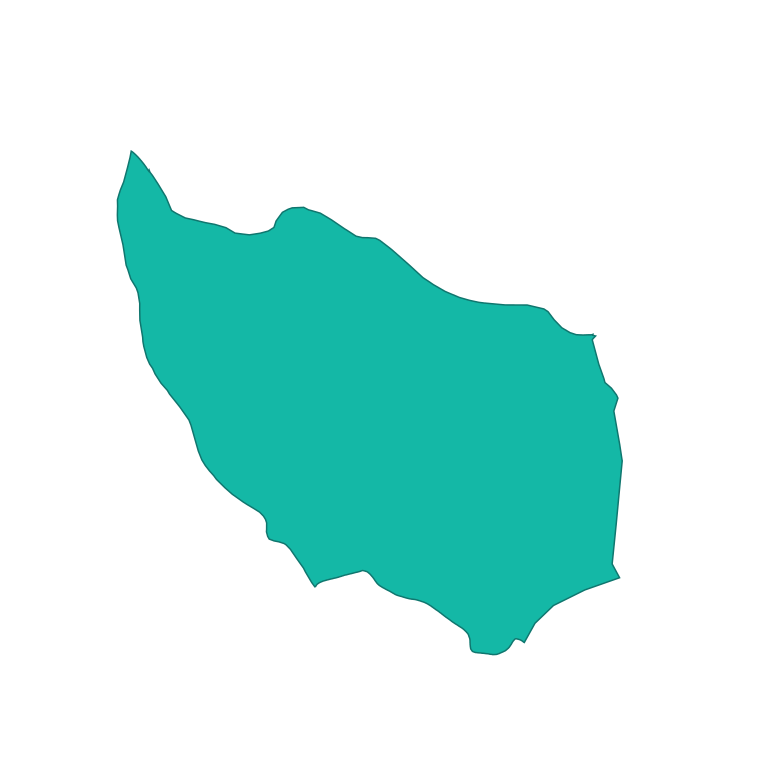 the district of L'Eau Mineau, Micoud, Saint Lucia, rotated 165°
{"feature_id": "8701671B61376458937885", "entity_name": "L'Eau Mineau", "entity_type": "district", "adm_level": 2, "iso_a3": "LCA", "parent_name": "Saint Lucia", "parent_adm1": "Micoud", "projection": "natural_earth1", "projection_center": [-60.921, 13.807], "detail": "fine", "context": "isolated", "style": "filled", "palette": "teal", "viewbox_px": 768, "rotation_deg": 165, "n_neighbors": 0, "source": "geoboundaries", "source_scale": "gbopen_adm2", "svg_char_len": 5897}
<svg xmlns="http://www.w3.org/2000/svg" viewBox="0 0 768 768"><g transform="rotate(165 384 384)"><path d="M167.2,375.6L167.9,376.0L168.6,376.4L169.7,377.0L169.3,377.9L170.8,377.8L174.3,378.7L179.1,379.8L182.6,380.9L185.6,381.9L190.0,384.8L191.0,385.4L197.7,392.3L203.1,402.1L206.0,409.3L206.8,411.3L210.1,415.1L219.6,420.2L225.2,423.2L246.5,429.0L264.1,435.5L265.1,435.9L265.8,436.1L271.4,438.4L276.5,441.0L279.4,442.5L281.3,443.6L288.8,448.1L298.6,455.7L301.1,457.7L310.7,467.3L312.9,469.9L318.9,476.7L328.4,491.7L341.9,512.0L346.9,518.6L351.0,523.9L352.8,525.5L354.4,526.9L361.8,529.5L367.0,531.0L372.7,534.0L380.1,542.2L382.0,544.2L392.2,556.1L401.3,565.5L409.1,570.2L411.9,571.8L415.8,575.4L427.1,577.9L431.4,577.6L435.2,576.7L437.7,576.1L442.7,572.1L446.1,569.3L447.9,566.5L449.8,563.7L456.1,561.7L464.6,561.7L475.4,562.9L480.7,565.0L488.8,568.3L496.2,575.9L506.2,582.0L514.6,586.0L519.6,588.7L525.3,591.9L531.0,594.8L533.1,595.9L538.3,600.6L540.4,602.5L541.6,603.7L544.3,606.6L545.0,611.6L546.3,621.3L550.6,636.0L553.7,645.4L554.9,648.3L555.2,649.0L555.5,651.4L556.1,650.5L556.5,651.5L556.9,652.4L557.1,653.2L557.4,654.0L557.6,654.9L557.9,655.6L558.2,656.4L558.6,657.4L558.8,658.1L559.2,658.9L559.6,659.9L559.9,660.6L560.3,661.4L560.6,662.2L561.1,663.1L561.5,664.0L561.8,664.7L562.2,665.4L562.7,666.5L563.1,667.2L563.5,667.9L563.9,668.6L564.3,669.3L564.7,670.0L565.3,670.9L565.8,671.7L566.3,672.4L566.7,673.0L567.2,673.6L567.9,674.3L570.7,668.5L575.8,659.3L583.2,646.5L588.3,639.8L591.0,635.6L593.8,630.9L595.3,624.7L597.8,616.3L599.1,610.6L599.5,604.1L600.1,586.1L600.8,579.4L602.3,565.5L601.8,560.6L601.4,551.2L598.4,540.8L598.0,535.8L599.1,525.0L600.8,518.8L603.3,508.6L605.0,491.8L605.9,487.1L606.3,482.4L606.3,471.0L605.2,463.8L603.5,459.1L602.5,452.9L599.1,442.3L594.9,433.9L593.8,429.9L587.2,414.8L581.7,399.7L581.1,394.1L580.9,380.0L580.7,367.3L579.6,357.9L577.7,351.5L575.0,345.1L572.2,339.6L570.5,335.2L564.4,324.8L559.1,316.8L550.6,306.5L547.1,302.7L542.8,298.3L537.3,292.4L534.6,287.6L533.5,283.9L533.3,280.2L535.0,274.0L535.8,271.6L535.8,266.9L535.0,263.9L530.8,260.9L526.3,258.7L521.7,255.7L520.2,254.0L517.2,248.6L516.0,245.1L513.2,237.2L509.4,227.0L508.6,223.1L505.2,210.9L503.3,206.0L502.5,206.1L501.9,206.7L501.4,207.2L500.7,207.7L500.0,208.1L499.3,208.3L498.5,208.6L497.7,208.8L496.8,209.0L495.2,209.2L493.8,209.4L493.0,209.4L492.3,209.4L491.6,209.4L490.7,209.4L489.9,209.5L489.0,209.4L488.3,209.4L487.5,209.4L486.7,209.4L485.8,209.4L484.7,209.3L483.9,209.3L482.7,209.3L482.0,209.3L481.1,209.2L479.7,209.2L479.1,209.2L477.9,209.2L476.7,209.3L475.9,209.3L475.1,209.3L474.1,209.4L472.9,209.4L472.3,209.5L471.5,209.5L470.7,209.5L469.9,209.4L469.2,209.4L468.2,209.4L467.4,209.4L466.5,209.4L465.7,209.4L464.6,209.3L463.9,209.3L463.1,209.3L462.2,209.3L461.5,209.3L460.8,209.3L459.8,209.3L458.9,209.2L458.1,209.2L457.3,209.2L456.5,209.2L455.8,209.2L454.7,209.3L453.8,209.4L453.0,209.4L452.1,209.0L451.4,208.6L450.7,208.2L450.0,207.7L449.2,207.3L448.5,206.6L448.1,206.0L447.6,205.3L447.2,204.7L446.6,203.8L445.8,202.1L445.4,201.3L444.9,200.3L444.6,199.5L444.2,198.5L443.7,197.0L443.4,196.1L443.0,195.1L442.6,194.1L442.3,193.3L441.8,192.4L441.1,191.3L440.6,190.6L439.8,189.7L439.1,189.0L438.6,188.4L438.1,187.9L437.6,187.4L436.8,186.7L436.2,186.1L435.7,185.6L435.2,185.1L434.6,184.6L434.0,184.0L433.4,183.5L432.6,182.8L432.0,182.3L431.3,181.5L430.6,180.9L430.0,180.2L429.3,179.5L428.8,179.1L428.3,178.5L427.6,177.8L426.7,177.1L426.2,176.7L425.6,176.3L425.0,175.9L424.1,175.4L423.5,175.0L422.8,174.6L422.0,174.2L421.3,173.7L420.7,173.3L419.9,172.8L419.2,172.4L418.5,171.9L417.8,171.6L417.3,171.2L416.7,170.9L416.1,170.6L415.3,170.1L414.6,169.8L413.5,169.3L412.9,169.0L412.0,168.7L411.3,168.4L410.5,168.1L409.8,167.8L409.2,167.5L408.1,166.9L407.1,166.3L406.2,165.7L405.4,165.3L404.6,164.7L403.6,164.0L402.6,163.4L401.9,162.9L401.0,162.2L400.1,161.4L399.5,160.9L398.8,160.3L398.3,159.7L397.7,159.1L397.1,158.5L396.6,157.9L395.9,157.2L395.2,156.2L394.6,155.6L394.2,155.0L393.6,154.3L393.1,153.7L392.5,152.9L392.0,152.3L391.4,151.7L391.0,151.2L390.2,150.3L389.7,149.6L389.2,148.9L388.6,148.2L388.0,147.5L387.6,146.8L386.8,145.8L386.2,145.0L385.7,144.3L385.1,143.6L384.7,143.0L384.1,142.3L383.4,141.5L382.5,140.4L381.7,139.4L381.1,138.7L380.6,138.0L380.1,137.3L379.6,136.7L379.1,136.1L378.3,135.2L377.6,134.4L377.0,133.7L376.5,133.2L375.9,132.6L375.1,131.7L374.7,131.2L374.1,130.5L373.6,130.0L372.4,128.7L371.7,127.9L371.1,127.1L370.6,126.5L370.2,125.8L369.8,125.1L369.3,124.3L368.7,123.3L368.4,122.5L368.0,121.9L367.6,121.1L367.5,120.3L367.3,119.5L367.3,118.5L367.2,117.5L367.1,116.5L367.1,115.6L367.2,114.6L367.4,113.5L367.6,112.8L367.8,112.0L368.0,110.9L368.2,110.2L368.3,109.4L368.5,108.5L368.6,107.5L368.7,106.7L368.8,105.7L368.5,104.8L368.2,103.9L367.9,103.1L367.4,102.5L366.7,102.0L366.1,101.6L365.2,101.0L364.3,100.7L363.2,100.2L362.5,100.0L361.9,99.7L361.1,99.5L360.1,99.1L359.0,98.6L357.8,98.2L357.2,98.0L356.5,97.7L355.6,97.3L354.8,97.0L353.9,96.7L352.9,96.3L352.2,95.9L351.6,95.6L350.7,95.2L350.0,95.0L349.3,94.6L348.6,94.4L347.9,94.2L346.9,94.0L345.5,93.7L344.4,93.7L343.3,93.8L342.6,93.8L341.7,94.0L341.0,94.1L340.3,94.2L339.6,94.3L338.9,94.4L338.2,94.5L337.4,94.7L336.7,94.8L336.0,94.9L335.3,95.2L334.6,95.5L333.8,95.9L333.2,96.2L332.5,96.5L331.7,97.0L331.1,97.4L330.5,97.9L329.8,98.5L329.0,99.2L328.4,99.7L327.7,100.4L327.1,101.1L326.4,101.7L325.7,102.3L325.1,102.7L324.5,103.1L323.9,103.5L323.1,103.8L322.3,103.8L321.6,103.3L320.9,103.0L320.3,102.7L319.7,102.3L318.9,101.8L318.3,101.3L317.8,100.8L317.2,100.2L316.4,99.2L315.9,98.5L315.4,98.0L300.1,113.8L277.6,126.2L243.3,133.1L206.6,135.9L210.2,151.1L196.0,188.5L182.2,225.6L173.8,248.1L173.6,250.2L172.0,264.4L169.0,298.4L166.0,303.1L161.7,309.8L162.3,313.3L165.4,321.1L170.2,328.2L170.2,332.4L171.1,343.7L171.4,347.3L171.4,372.8L170.3,373.7L167.2,375.6Z" fill="#14b8a6" stroke="#0f766e" stroke-width="1.5"/></g></svg>